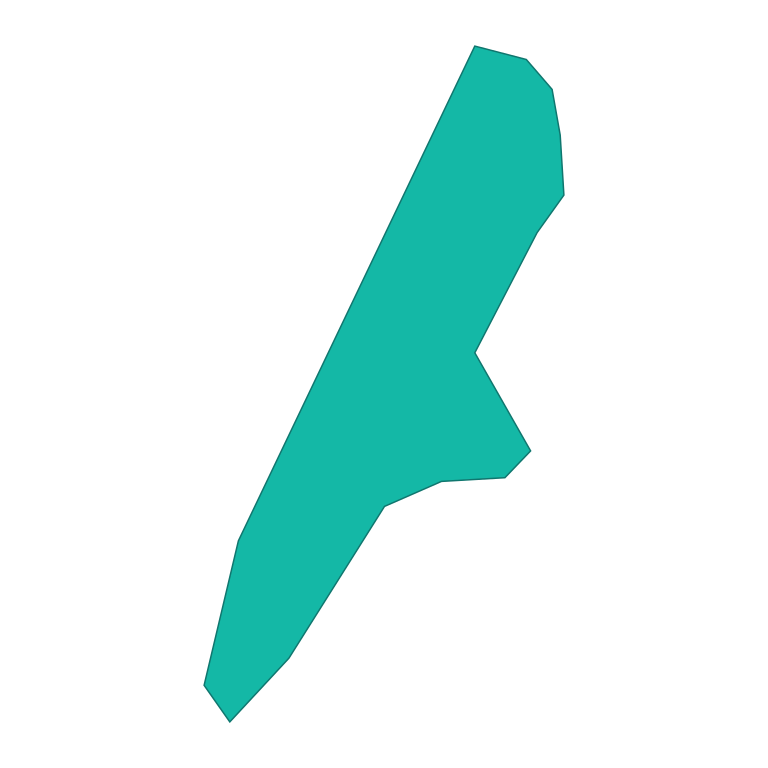 outline of Peleliu
{"feature_id": "PLW-5258", "entity_name": "Peleliu", "entity_type": "state/province", "adm_level": 1, "iso_a3": "PLW", "parent_name": "Palau", "parent_adm1": "", "projection": "robinson", "projection_center": [134.266, 7.029], "detail": "fine", "context": "isolated", "style": "filled", "palette": "teal", "viewbox_px": 768, "rotation_deg": 0, "n_neighbors": 0, "source": "natural_earth", "source_scale": "10m", "svg_char_len": 320}
<svg xmlns="http://www.w3.org/2000/svg" viewBox="0 0 768 768"><path d="M474.8,46.1L526.3,59.5L552.1,89.4L560.2,135.1L563.9,195.1L537.1,232.6L474.8,352.8L530.6,450.9L504.9,477.7L441.5,481.4L384.5,506.4L288.9,658.2L229.8,721.9L204.1,685.3L238.4,540.8L474.8,46.1Z" fill="#14b8a6" stroke="#0f766e" stroke-width="1.5"/></svg>